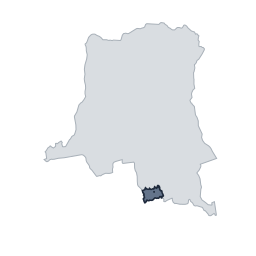 location of Dilolo, Katanga, Democratic Republic of the Congo, rotated 351°
{"feature_id": "63176286B33518015273847", "entity_name": "Dilolo", "entity_type": "district", "adm_level": 2, "iso_a3": "COD", "parent_name": "Democratic Republic of the Congo", "parent_adm1": "Katanga", "projection": "natural_earth1", "projection_center": [23.36, -10.539], "detail": "fine", "context": "in_parent", "style": "filled", "palette": "slate", "viewbox_px": 256, "rotation_deg": 351, "n_neighbors": 0, "source": "geoboundaries", "source_scale": "gbopen_adm2", "svg_char_len": 7384}
<svg xmlns="http://www.w3.org/2000/svg" viewBox="0 0 256 256"><g transform="rotate(351 128 128)"><path d="M210.8,171.9L193.7,175.1L194.1,176.2L193.9,177.4L193.4,178.3L191.7,180.7L189.1,183.0L189.1,183.5L190.4,186.0L191.2,189.4L191.0,195.5L191.3,197.1L191.2,198.4L190.4,199.8L188.6,207.1L189.8,210.6L193.1,213.9L195.1,216.3L198.4,217.2L198.9,217.1L199.1,215.0L201.8,214.3L201.7,227.2L201.5,228.0L201.0,228.1L200.4,227.7L200.2,226.5L199.5,225.9L196.2,227.5L195.4,227.5L194.5,227.2L193.9,226.6L193.7,225.6L191.4,221.8L190.3,221.5L189.1,218.1L184.0,215.6L182.1,215.5L181.0,214.7L180.0,212.0L178.4,210.3L178.0,208.4L177.6,208.1L176.6,208.5L175.7,211.5L174.6,212.2L172.5,212.3L167.2,211.4L163.5,209.9L162.5,210.0L161.1,208.6L160.5,206.2L160.8,204.4L160.5,204.2L154.8,205.7L153.4,206.6L152.2,206.4L151.8,205.9L152.3,204.6L152.0,203.3L151.6,202.7L149.9,202.2L149.4,200.8L148.4,200.5L148.0,200.8L147.8,201.7L147.2,202.1L143.8,201.6L140.2,202.9L135.5,202.5L133.3,204.0L132.9,204.0L132.4,203.2L132.0,200.8L132.2,200.1L132.9,199.6L133.2,198.6L132.9,196.1L133.1,195.5L132.9,194.0L132.2,191.7L131.2,189.8L129.0,186.9L128.6,185.6L128.8,182.4L129.5,177.3L129.4,173.5L128.5,171.1L128.3,168.4L128.9,163.7L128.3,162.6L117.5,162.2L117.1,161.8L116.9,161.2L117.3,158.3L110.8,159.1L108.8,159.6L107.6,160.7L107.2,162.2L107.1,164.2L106.2,166.2L105.9,169.5L104.1,169.9L102.2,169.9L98.7,169.2L95.3,170.1L93.6,171.0L92.8,170.6L89.7,170.9L89.3,170.7L85.8,164.1L84.2,162.0L83.9,160.9L84.0,159.9L83.6,158.5L81.9,155.1L81.6,153.6L81.7,151.1L81.5,150.3L80.0,148.2L79.1,147.5L78.0,147.1L60.3,147.4L54.5,147.0L50.2,147.3L48.1,147.1L47.5,146.8L45.5,147.2L44.5,148.1L43.0,148.6L42.1,148.4L40.2,146.0L42.7,145.5L42.9,145.3L43.0,139.5L42.4,138.6L43.7,137.6L45.8,135.1L47.9,134.1L48.2,133.6L48.7,133.6L49.4,134.7L51.2,136.1L53.5,134.9L53.7,134.5L54.0,132.0L54.6,131.8L55.5,132.4L56.1,132.4L57.0,131.6L59.9,130.4L60.8,132.0L60.0,133.4L60.3,134.5L60.4,136.1L60.9,136.4L63.1,136.6L63.8,136.2L68.3,130.5L69.4,129.8L71.3,127.5L73.8,126.5L74.9,124.7L76.4,121.5L77.0,116.8L76.8,108.8L77.0,107.8L80.0,104.2L83.1,97.6L85.2,95.9L86.8,95.2L89.2,92.8L91.1,90.4L90.9,87.5L91.3,85.1L92.4,82.0L92.7,78.8L92.4,75.4L92.5,72.6L93.9,68.2L94.1,63.1L95.4,58.8L98.0,53.3L99.2,49.3L98.9,45.3L99.3,42.3L99.2,40.6L98.7,39.1L98.9,38.2L99.9,37.8L101.1,36.3L103.3,32.3L105.7,30.4L107.3,29.8L109.0,29.9L110.1,30.2L111.9,31.8L114.0,33.0L115.5,34.5L117.0,36.9L120.7,37.5L122.2,38.3L123.2,38.6L123.6,38.4L124.3,38.5L126.0,39.2L127.4,38.9L134.2,40.4L135.0,39.6L136.9,35.5L138.3,34.1L140.6,34.0L142.4,34.8L143.4,34.8L151.7,31.3L152.7,31.1L155.8,31.9L157.7,31.4L158.5,31.5L160.2,30.9L161.6,28.5L162.8,27.9L174.7,30.5L176.5,29.2L177.4,29.1L180.1,30.0L180.9,31.5L182.5,32.8L183.6,35.0L185.4,36.2L186.3,37.3L187.3,38.1L189.5,38.4L192.3,36.5L194.2,36.7L196.2,37.7L196.9,37.7L198.3,36.5L199.1,35.3L199.9,35.1L201.0,35.6L202.0,36.7L202.8,38.4L205.8,42.1L208.7,43.6L209.4,45.9L210.5,45.7L211.0,45.9L211.7,47.3L212.3,47.6L212.4,48.2L211.7,49.5L211.0,52.1L211.9,53.7L211.1,56.0L210.8,58.3L211.7,58.9L212.9,58.9L214.0,60.1L214.9,60.3L215.8,61.6L215.6,62.7L212.7,66.6L208.5,71.3L207.0,71.9L206.3,72.8L205.7,74.1L204.5,75.3L203.5,75.8L203.4,79.2L202.0,82.8L201.4,83.5L200.7,89.2L200.8,90.2L200.0,94.9L200.1,99.3L198.1,100.7L196.6,102.9L196.0,104.4L196.0,107.9L193.7,110.1L193.5,110.6L194.1,113.1L194.9,113.5L195.0,114.4L196.9,117.1L196.7,125.4L196.9,126.2L197.8,128.2L198.5,132.0L197.8,136.8L200.3,145.6L199.2,148.8L199.7,151.9L201.3,155.1L204.9,158.3L205.9,159.6L206.8,161.4L207.6,164.1L210.8,171.9Z" fill="#d9dde1" stroke="#a8b0b8" stroke-width="1"/><path d="M148.8,189.5L148.7,189.5L148.4,189.4L148.2,189.5L148.2,189.8L148.3,189.9L148.5,190.1L148.6,190.3L148.5,190.6L148.7,190.9L148.5,191.1L148.4,191.1L147.9,189.9L147.9,190.3L147.9,190.6L148.0,190.7L148.2,191.0L148.1,191.4L147.4,191.4L147.2,191.4L147.0,191.1L146.9,191.1L146.8,191.4L146.8,191.6L146.7,192.0L146.5,191.9L146.4,191.8L146.3,191.3L146.2,191.2L145.9,190.9L145.8,191.0L145.5,191.3L145.3,191.3L145.2,191.2L145.2,190.7L145.0,190.3L144.8,190.6L144.6,190.9L144.5,191.2L144.3,192.0L144.1,192.2L143.9,192.3L143.8,192.1L143.7,192.1L143.3,192.0L143.1,192.0L142.9,191.9L142.7,192.0L142.3,192.1L142.2,192.1L141.9,192.3L141.7,192.3L141.1,192.3L141.0,192.2L140.9,192.2L140.7,192.1L140.5,191.8L140.4,191.6L140.2,191.3L140.0,191.1L139.9,191.0L139.8,191.4L139.8,191.5L139.7,191.6L139.6,191.8L139.0,191.7L138.9,191.7L138.7,191.8L138.5,191.7L138.3,191.6L137.9,191.6L137.6,191.5L137.1,191.4L137.0,190.9L136.9,190.8L136.6,190.7L136.1,190.1L136.0,189.8L135.8,190.0L135.7,190.0L135.4,190.2L135.4,190.6L135.4,191.1L135.2,191.4L135.1,191.5L134.7,191.6L134.0,191.8L133.8,191.8L133.4,191.8L132.9,192.3L132.4,192.1L132.4,192.4L132.4,192.5L132.4,192.9L132.5,193.2L132.5,193.4L132.5,193.5L132.6,193.8L132.7,194.1L132.6,194.3L132.7,194.5L133.0,194.5L133.2,195.2L133.4,195.3L133.4,195.5L133.3,195.8L133.2,195.9L133.2,196.1L133.0,196.6L132.9,196.7L133.0,196.8L133.2,197.0L133.3,197.0L133.2,197.2L133.3,197.4L133.3,197.6L133.3,198.2L133.2,198.5L133.3,198.6L133.4,198.8L133.4,199.1L133.4,199.3L133.4,199.5L133.2,199.6L132.8,199.7L132.6,199.8L132.2,200.2L132.0,200.3L132.0,200.5L132.0,200.8L132.2,201.2L132.2,201.3L132.3,201.4L132.3,201.9L132.3,202.1L132.4,202.3L132.4,202.7L132.4,202.9L132.4,203.0L132.6,203.4L132.7,203.5L132.8,203.7L132.8,203.9L132.8,204.0L132.7,204.3L132.8,204.4L132.9,204.5L133.0,204.6L133.3,204.3L133.4,204.1L133.5,204.1L133.5,203.8L133.8,203.8L134.3,203.8L134.5,203.6L134.6,203.4L134.8,203.3L134.9,203.2L134.9,202.8L134.8,202.6L135.0,202.4L135.3,202.4L135.5,202.2L135.7,202.3L136.0,202.5L136.4,202.8L136.7,203.0L137.0,203.1L137.6,203.1L137.8,202.8L138.0,202.8L138.1,202.7L138.3,202.6L138.6,202.8L139.2,203.0L139.3,203.0L139.5,203.0L139.8,203.1L140.2,203.2L140.3,203.2L140.5,203.2L140.8,202.9L141.2,203.0L141.3,203.0L141.6,202.8L141.8,202.5L142.0,202.4L142.2,202.2L142.6,202.0L142.6,201.9L142.8,201.7L143.1,201.6L143.4,201.3L143.5,201.3L144.2,201.3L144.4,201.5L144.5,201.5L144.8,201.8L145.0,201.9L145.3,201.8L145.5,201.9L145.6,202.0L145.9,202.0L146.0,202.0L146.2,201.9L146.3,201.8L146.5,201.9L146.7,202.0L146.9,202.1L147.0,202.2L147.3,202.2L147.5,202.1L147.6,201.9L147.7,201.7L147.9,201.6L148.2,201.4L148.3,201.3L148.4,201.1L148.5,200.9L148.7,200.7L148.8,200.7L149.1,200.7L149.4,200.8L149.6,200.9L149.8,200.9L149.8,201.0L149.8,201.3L150.0,201.6L150.0,201.9L149.9,202.0L150.0,202.3L150.3,202.3L150.3,202.1L150.3,201.9L150.5,201.7L150.8,201.7L151.0,201.4L151.1,201.2L151.1,200.8L151.3,200.7L151.5,200.7L151.6,200.8L151.7,200.7L151.8,200.7L152.1,200.8L152.3,200.7L152.4,200.4L152.3,200.2L152.3,199.9L152.3,199.7L152.2,199.5L152.2,199.4L152.0,199.2L152.0,198.8L152.0,198.7L151.9,198.6L151.9,198.4L151.9,198.5L151.9,198.2L151.7,198.0L151.7,197.9L151.6,197.7L151.6,197.3L151.6,197.2L151.5,196.8L151.5,196.7L151.5,196.4L151.6,196.1L151.4,195.9L151.4,195.7L151.4,195.3L151.1,195.3L150.9,195.2L150.7,195.2L150.7,194.9L150.6,194.7L150.4,194.7L150.2,194.7L149.9,194.4L149.9,194.2L149.9,193.9L150.0,193.8L150.0,193.7L149.9,193.4L149.8,193.2L149.7,193.2L149.7,192.6L150.0,192.3L150.0,192.2L150.0,191.9L149.8,191.7L149.9,191.4L149.7,191.3L149.5,191.2L149.5,190.8L149.5,190.7L149.7,190.4L149.5,190.2L149.4,190.2L149.0,190.1L148.9,190.1L148.9,189.9L148.9,189.7L149.0,189.6L148.9,189.5L148.8,189.5ZM143.8,194.9L143.9,195.0L143.8,195.3L143.6,195.2L143.7,194.9L143.8,194.9Z" fill="#64748b" stroke="#1e293b" stroke-width="1.5"/></g></svg>